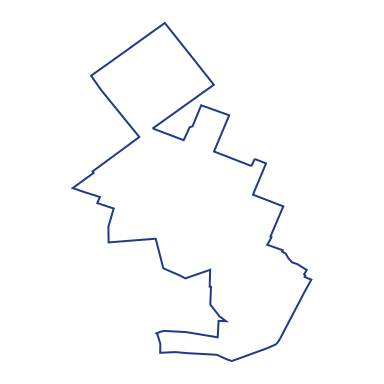 outline of Traian, Teleorman, Romania
{"feature_id": "2599482B68031069657240", "entity_name": "Traian", "entity_type": "district", "adm_level": 2, "iso_a3": "ROU", "parent_name": "Romania", "parent_adm1": "Teleorman", "projection": "equal_earth", "projection_center": [24.993, 43.785], "detail": "fine", "context": "isolated", "style": "outline", "palette": "blue", "viewbox_px": 384, "rotation_deg": 0, "n_neighbors": 0, "source": "geoboundaries", "source_scale": "gbopen_adm2", "svg_char_len": 1262}
<svg xmlns="http://www.w3.org/2000/svg" viewBox="0 0 384 384"><path d="M160.2,352.8L175.5,352.1L189.0,353.3L191.7,353.4L204.7,354.1L216.8,354.8L227.4,359.6L231.9,361.0L267.0,348.3L275.8,344.4L277.7,342.4L279.8,339.2L304.5,292.0L311.3,279.7L304.6,276.9L305.3,275.5L304.1,274.3L306.8,270.0L297.1,264.0L292.1,262.4L288.1,257.8L285.6,253.4L282.2,251.7L282.8,250.3L267.3,244.8L271.5,237.3L270.4,236.7L283.3,206.4L253.0,194.7L255.2,189.2L259.5,179.1L266.0,163.4L263.2,162.3L255.6,159.3L254.4,159.6L251.8,165.3L250.9,165.8L214.0,151.5L218.3,141.2L229.2,115.3L201.2,105.3L193.0,125.2L192.7,126.1L191.9,126.6L190.7,126.8L189.6,127.3L183.7,140.2L153.6,128.8L153.2,128.1L166.8,118.4L189.1,102.4L213.8,84.8L208.4,77.9L194.5,60.3L164.8,23.0L150.9,32.9L139.9,40.8L126.6,50.4L115.7,58.2L91.1,75.7L101.0,89.9L139.3,137.0L92.5,171.5L93.6,172.9L72.7,188.1L84.4,192.1L99.9,197.0L97.3,203.1L113.7,208.5L108.4,226.7L108.6,242.4L155.7,238.7L163.3,268.3L179.9,275.5L185.3,278.4L190.7,276.5L210.2,269.8L209.9,278.3L209.7,286.7L211.0,286.8L210.3,304.4L211.1,305.6L216.7,312.7L219.3,316.2L226.0,321.2L218.6,320.9L217.7,337.3L198.9,334.2L191.1,332.9L186.0,332.1L164.0,330.9L161.7,331.4L156.4,333.3L157.5,334.6L160.3,343.7L160.2,352.8Z" fill="none" stroke="#1e3a8a" stroke-width="2"/></svg>